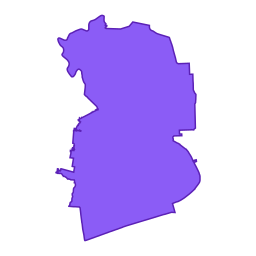 Wijdemeren, Noord-Holland, Netherlands
{"feature_id": "6326949B52829064558657", "entity_name": "Wijdemeren", "entity_type": "district", "adm_level": 2, "iso_a3": "NLD", "parent_name": "Netherlands", "parent_adm1": "Noord-Holland", "projection": "orthographic", "projection_center": [5.063, 52.226], "detail": "fine", "context": "isolated", "style": "filled", "palette": "violet", "viewbox_px": 256, "rotation_deg": 0, "n_neighbors": 0, "source": "geoboundaries", "source_scale": "gbopen_adm2", "svg_char_len": 5295}
<svg xmlns="http://www.w3.org/2000/svg" viewBox="0 0 256 256"><path d="M175.0,212.5L172.5,203.5L176.5,201.9L177.9,201.6L180.7,200.2L184.3,197.9L189.3,194.0L191.5,192.1L194.8,189.0L194.7,188.9L198.1,184.4L199.3,182.6L199.7,181.7L200.0,180.2L200.0,178.4L200.0,176.5L199.8,175.1L199.4,174.3L199.0,172.8L198.3,171.2L196.3,167.1L194.5,163.7L194.0,162.5L196.3,161.5L196.1,161.0L196.4,160.9L196.2,159.8L195.4,160.0L195.7,160.8L195.0,161.0L194.6,160.2L193.3,160.6L193.3,161.1L193.1,161.2L192.6,159.9L191.5,157.3L190.5,155.5L189.2,153.5L188.1,151.6L186.6,149.8L186.3,149.3L185.4,148.9L181.1,145.6L180.5,145.1L179.9,144.7L179.9,144.4L178.3,143.4L177.0,142.9L173.1,140.7L173.2,140.2L173.3,139.0L172.9,138.2L172.8,137.1L174.0,135.9L181.8,135.7L181.7,134.0L179.5,134.0L179.4,130.2L191.4,129.8L191.6,129.8L191.6,129.7L193.6,129.9L193.6,129.6L195.4,128.1L194.8,104.0L195.0,103.7L195.5,102.7L195.6,102.3L195.6,101.4L195.8,99.1L195.8,97.5L195.9,95.8L195.9,94.4L195.8,94.2L194.8,93.1L193.4,90.1L193.3,89.8L193.2,83.5L193.0,80.8L192.8,74.2L189.6,74.3L189.5,70.9L189.2,63.3L178.7,63.7L178.4,63.7L177.8,63.5L177.1,63.1L176.6,62.5L176.3,61.8L175.4,57.8L173.4,50.7L172.6,47.2L171.9,44.9L171.5,43.7L170.9,42.2L170.7,41.3L170.2,40.2L169.4,37.7L169.0,37.3L159.4,34.4L156.8,33.5L155.5,32.7L152.8,30.9L152.1,30.8L151.0,30.2L150.3,29.5L149.9,28.9L149.7,28.5L149.5,27.8L149.4,26.8L149.4,25.4L132.8,22.0L129.2,26.3L120.5,29.0L106.1,28.5L105.4,28.1L105.2,27.9L105.6,27.4L106.0,27.0L105.8,26.7L106.7,26.1L106.9,26.0L106.9,25.8L106.5,25.6L106.5,25.4L105.3,25.2L105.4,24.7L105.9,23.8L105.0,22.8L104.6,22.3L104.3,21.7L104.1,21.0L104.0,19.9L104.1,16.9L104.1,16.3L103.9,16.0L103.6,15.8L102.5,15.4L101.7,15.4L100.8,15.7L99.5,16.5L95.3,19.5L94.0,20.1L91.1,21.0L90.6,21.3L90.2,21.7L89.8,22.1L89.4,22.8L89.1,23.5L88.9,24.2L88.8,25.2L88.8,27.2L88.8,28.8L88.8,29.4L88.3,30.2L87.6,30.8L86.9,31.0L86.1,30.8L82.7,29.4L81.9,29.1L81.1,29.0L79.9,29.3L78.0,30.0L75.9,30.8L72.0,32.9L70.7,33.3L69.7,34.0L69.2,34.7L67.9,37.4L67.5,38.1L67.2,39.3L66.8,39.8L65.9,40.2L64.8,40.2L64.2,40.1L60.0,38.2L59.2,38.0L58.8,38.0L58.4,38.3L58.0,38.7L57.9,39.5L58.3,41.2L58.6,42.0L59.5,43.8L60.2,45.0L60.7,45.6L62.4,47.0L62.9,47.5L63.3,48.2L63.5,48.8L63.6,49.4L63.7,50.1L63.6,51.0L63.5,51.6L63.4,52.2L63.1,52.7L62.1,54.2L62.0,54.7L62.1,55.1L62.5,55.7L63.1,56.4L66.3,59.0L67.4,60.0L68.3,61.3L68.7,61.9L69.0,62.7L69.1,63.4L69.2,64.0L68.9,65.4L68.5,66.5L67.5,68.0L67.3,68.5L67.2,69.0L67.2,69.6L67.4,70.4L67.7,71.2L68.2,72.1L69.5,74.1L71.3,76.4L71.8,76.8L72.7,76.8L73.2,76.6L73.7,76.2L74.7,74.9L75.3,73.9L76.0,71.9L76.3,71.3L77.0,70.3L77.7,69.6L78.4,69.2L78.9,69.1L79.2,69.2L80.1,69.7L81.0,70.6L81.4,71.1L81.7,71.8L81.7,72.4L81.8,73.7L82.2,75.5L82.2,76.6L82.2,77.2L82.5,78.1L83.2,80.6L83.8,82.1L85.0,83.9L85.3,84.6L85.3,85.2L85.2,87.6L84.4,94.4L84.6,94.7L85.2,95.4L86.5,96.6L87.3,97.0L88.0,98.0L88.7,98.7L96.5,106.2L97.2,107.3L97.5,108.3L97.9,108.6L98.1,109.5L97.9,109.8L97.0,109.1L96.5,109.5L95.9,109.8L96.4,110.2L93.3,111.8L93.0,111.6L92.5,112.2L92.0,112.5L91.8,112.3L91.4,112.6L91.5,112.7L91.3,112.9L82.0,117.7L81.7,117.5L81.4,118.1L80.4,118.6L79.5,117.9L79.2,119.5L78.2,119.9L78.4,120.5L79.1,120.6L78.9,120.9L80.5,121.9L80.0,122.7L79.9,122.6L79.2,123.2L78.6,124.0L78.7,124.3L78.2,125.4L77.7,125.2L77.1,126.3L76.6,127.2L76.4,127.8L76.4,128.1L76.2,128.7L74.3,128.4L74.1,129.5L74.4,129.5L79.9,130.8L79.9,130.3L80.9,130.9L80.7,131.2L79.8,130.9L79.8,131.0L76.9,130.2L76.7,130.9L73.8,130.3L73.7,130.5L73.8,130.5L73.7,130.6L73.7,131.8L73.6,132.7L72.8,143.2L73.6,143.4L74.0,143.8L74.3,145.0L74.2,145.3L74.0,145.6L74.3,145.7L74.2,146.2L73.8,146.6L74.0,147.7L72.6,147.7L72.6,148.5L72.7,148.8L72.2,149.0L72.4,149.1L72.5,149.1L74.1,149.1L74.4,149.2L74.5,149.4L74.4,149.5L73.8,149.5L73.9,149.8L73.9,150.5L70.4,150.4L70.4,151.5L71.1,151.5L71.1,151.9L70.9,152.6L70.9,153.4L70.3,156.0L70.2,156.8L70.0,157.7L73.5,158.2L72.8,162.7L72.8,162.9L72.7,163.1L72.2,166.4L74.6,166.9L74.4,168.4L74.3,168.5L73.7,172.2L61.3,168.8L60.9,168.8L60.7,170.1L60.3,170.1L60.2,170.9L59.9,170.9L59.9,170.6L58.3,170.5L58.4,169.0L57.5,168.8L57.3,170.1L57.3,171.0L58.1,171.1L58.1,171.6L58.0,172.4L57.6,172.0L56.7,171.6L56.3,171.5L56.8,171.8L57.3,172.1L57.5,172.5L57.9,173.0L57.7,173.0L56.1,172.4L56.0,172.7L57.7,173.4L58.1,173.3L58.5,173.4L61.0,173.5L61.5,173.7L61.8,174.0L62.8,175.5L63.7,176.1L63.6,176.4L64.1,176.4L64.6,176.5L65.1,176.7L65.5,177.1L65.9,177.2L66.6,177.7L67.2,178.6L68.0,178.8L68.0,179.1L68.6,179.0L70.2,179.4L71.0,179.9L71.6,179.8L74.3,180.0L74.6,181.2L74.3,182.7L75.0,182.8L75.4,184.5L75.5,185.0L75.4,185.4L75.2,186.2L75.0,186.6L74.7,187.1L73.9,187.9L73.6,188.5L73.5,188.9L73.3,191.9L73.2,192.4L73.0,192.8L72.4,193.4L72.2,193.8L72.2,194.3L72.3,195.3L72.6,196.3L72.6,196.7L72.5,197.2L72.2,197.8L72.0,198.2L71.8,201.2L71.6,201.5L71.4,201.8L70.5,202.2L70.2,202.6L70.1,203.0L69.7,205.1L69.5,205.6L69.0,205.9L68.9,206.3L73.3,206.7L75.1,206.7L79.4,207.0L80.0,207.7L80.1,208.0L80.5,211.2L80.9,215.0L81.7,221.2L81.8,222.2L82.0,223.1L82.2,224.3L82.7,228.8L83.0,230.5L83.9,234.9L84.2,237.3L84.6,240.0L84.8,240.4L85.0,240.6L86.5,240.2L101.7,234.7L110.5,231.5L111.8,231.1L112.6,230.8L112.6,230.7L113.2,230.6L115.6,229.7L117.8,229.0L118.2,228.8L122.4,227.3L123.2,226.9L126.8,225.7L160.1,215.6L163.7,214.5L164.8,214.3L171.5,212.3L175.0,212.5Z" fill="#8b5cf6" stroke="#5b21b6" stroke-width="1.5"/></svg>